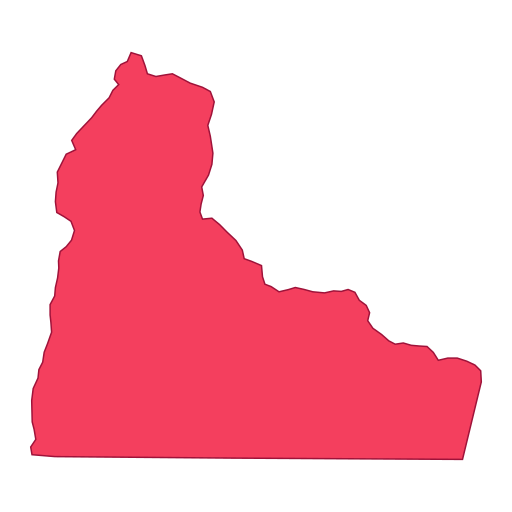 Novo Alegre, Tocantins, Brazil (Albers equal-area conic projection)
{"feature_id": "56859067B17905501648967", "entity_name": "Novo Alegre", "entity_type": "district", "adm_level": 2, "iso_a3": "BRA", "parent_name": "Brazil", "parent_adm1": "Tocantins", "projection": "albers", "projection_center": [-46.567, -12.888], "detail": "fine", "context": "isolated", "style": "filled", "palette": "rose", "viewbox_px": 512, "rotation_deg": 0, "n_neighbors": 0, "source": "geoboundaries", "source_scale": "gbopen_adm2", "svg_char_len": 1499}
<svg xmlns="http://www.w3.org/2000/svg" viewBox="0 0 512 512"><path d="M32.0,454.7L55.0,456.6L233.2,458.1L250.6,458.2L462.5,459.4L481.3,381.9L480.7,370.8L475.0,365.1L466.8,361.2L457.3,358.1L447.7,358.1L438.3,360.3L433.3,352.4L427.0,346.5L419.0,346.0L411.2,345.3L403.3,343.0L395.2,344.2L388.7,340.8L381.6,334.5L372.9,328.3L367.7,320.7L369.6,312.7L366.2,305.4L359.3,300.3L354.9,292.3L348.1,289.5L341.3,291.4L333.6,290.9L324.5,292.9L312.8,291.8L303.9,289.4L295.3,287.5L288.4,289.6L279.0,291.8L271.3,286.7L264.9,284.2L262.5,276.8L261.5,265.6L251.7,261.4L244.2,258.7L242.3,250.1L235.9,240.5L227.0,232.1L219.8,224.8L211.9,218.2L202.5,219.1L199.9,212.0L201.1,204.1L203.3,195.5L201.7,186.9L208.5,175.1L211.9,164.3L212.9,153.2L211.6,144.6L210.3,136.2L207.8,125.4L211.5,114.3L214.2,101.9L210.3,91.5L202.5,87.3L190.1,83.1L180.5,78.0L172.4,73.8L164.6,75.0L155.9,76.5L147.4,73.8L145.0,65.7L141.4,55.8L131.1,52.6L127.3,61.5L120.8,64.5L115.8,70.8L114.3,79.2L118.7,84.6L112.9,90.3L109.1,97.8L101.6,105.3L96.6,111.2L91.6,117.8L83.9,125.9L76.7,133.5L71.7,140.4L75.7,149.7L66.2,154.2L61.8,163.1L57.3,172.1L58.0,182.9L56.1,192.1L55.4,201.7L56.8,212.5L64.3,216.8L71.0,221.3L74.5,230.5L71.5,240.2L66.2,246.7L60.2,251.5L58.5,260.9L58.8,268.0L57.6,277.9L55.4,287.6L54.7,296.0L50.1,304.6L50.1,315.0L50.9,322.3L51.6,332.2L47.5,343.8L44.2,352.2L42.7,362.2L38.9,369.6L38.0,378.1L33.2,388.5L31.7,400.5L32.0,413.1L32.2,421.9L34.1,429.3L35.8,439.4L30.7,447.0L32.0,454.7Z" fill="#f43f5e" stroke="#9f1239" stroke-width="1.5"/></svg>